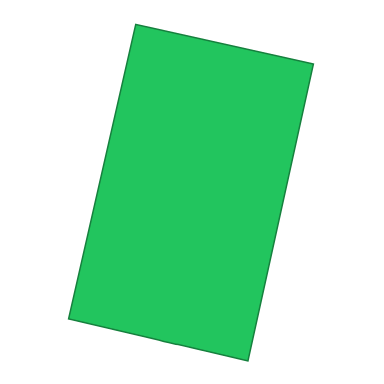 Hartley, Texas, United States of America (orthographic projection), rotated 283°
{"feature_id": "52423323B45324234898268", "entity_name": "Hartley", "entity_type": "district", "adm_level": 2, "iso_a3": "USA", "parent_name": "United States of America", "parent_adm1": "Texas", "projection": "orthographic", "projection_center": [-102.882, 35.839], "detail": "fine", "context": "isolated", "style": "filled", "palette": "green", "viewbox_px": 384, "rotation_deg": 283, "n_neighbors": 0, "source": "geoboundaries", "source_scale": "gbopen_adm2", "svg_char_len": 293}
<svg xmlns="http://www.w3.org/2000/svg" viewBox="0 0 384 384"><g transform="rotate(283 192 192)"><path d="M40.6,100.3L40.3,192.9L40.0,198.2L40.1,203.0L40.0,210.5L40.3,212.6L40.2,234.8L40.0,284.5L344.0,281.5L342.6,99.5L40.6,100.3Z" fill="#22c55e" stroke="#15803d" stroke-width="1.5"/></g></svg>